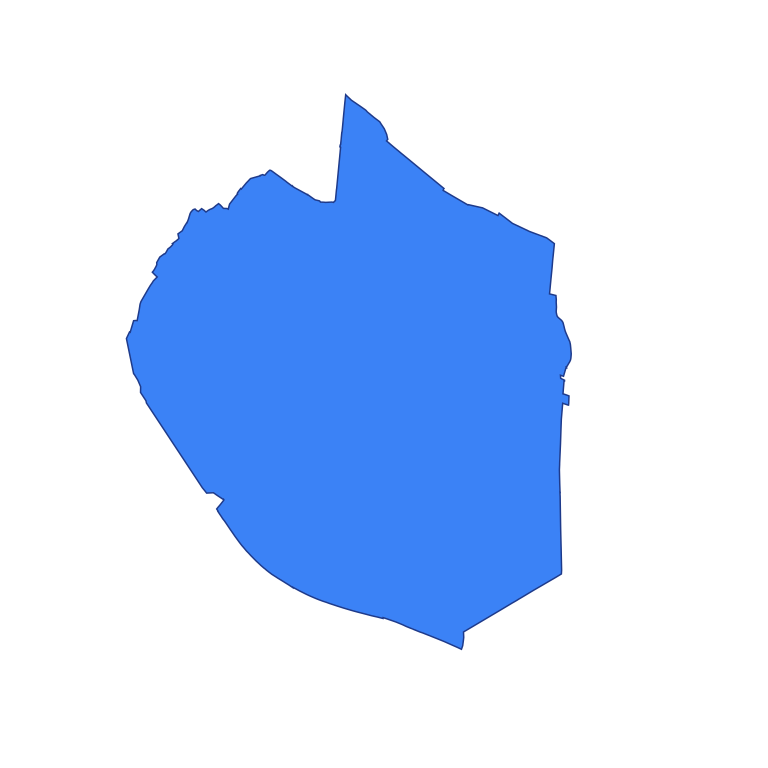 Best, Noord-Brabant, Netherlands (Natural Earth projection), rotated 41°
{"feature_id": "6326949B75137291849873", "entity_name": "Best", "entity_type": "district", "adm_level": 2, "iso_a3": "NLD", "parent_name": "Netherlands", "parent_adm1": "Noord-Brabant", "projection": "natural_earth1", "projection_center": [5.39, 51.516], "detail": "fine", "context": "isolated", "style": "filled", "palette": "blue", "viewbox_px": 768, "rotation_deg": 41, "n_neighbors": 0, "source": "geoboundaries", "source_scale": "gbopen_adm2", "svg_char_len": 5870}
<svg xmlns="http://www.w3.org/2000/svg" viewBox="0 0 768 768"><g transform="rotate(41 384 384)"><path d="M344.9,589.9L348.3,590.8L351.0,591.6L351.5,591.6L351.8,591.7L353.4,592.0L355.0,592.4L363.6,594.7L371.4,596.7L378.4,598.3L380.8,598.8L382.9,599.2L385.1,599.5L385.7,599.6L386.4,599.7L387.0,599.8L387.6,599.9L388.2,600.0L388.8,600.1L389.5,600.2L390.1,600.3L390.7,600.3L391.4,600.4L392.0,600.4L396.4,600.9L399.2,601.1L399.9,601.2L400.6,601.2L401.2,601.3L401.9,601.3L402.5,601.4L403.2,601.4L403.8,601.5L404.5,601.5L405.2,601.5L408.0,601.6L408.8,601.6L409.6,601.7L410.4,601.7L411.2,601.7L412.0,601.7L412.8,601.7L413.5,601.7L414.3,601.7L415.1,601.6L415.9,601.6L416.7,601.6L417.4,601.6L418.1,601.6L418.8,601.5L419.5,601.5L420.3,601.5L421.0,601.4L421.7,601.4L422.4,601.3L423.1,601.3L424.3,601.2L425.6,601.0L428.3,600.6L430.2,600.3L430.6,600.3L437.7,599.1L439.8,598.8L442.2,598.4L444.8,598.0L448.9,597.5L448.6,597.2L449.1,597.1L452.6,596.3L456.2,595.5L459.7,594.6L463.2,593.7L466.7,592.7L470.2,591.6L473.6,590.5L477.0,589.3L480.4,588.0L483.7,586.6L487.1,585.3L490.4,583.9L493.8,582.5L500.5,579.6L503.8,578.1L507.1,576.6L510.3,575.1L513.6,573.5L516.8,571.9L520.0,570.3L526.5,567.1L529.7,565.4L531.9,564.2L537.1,561.6L536.6,560.9L540.6,559.2L541.9,558.7L545.6,557.2L549.1,555.8L552.6,554.6L556.2,553.4L559.8,552.4L563.3,551.2L566.8,550.0L570.3,548.8L573.8,547.6L576.2,546.6L581.3,544.8L591.3,541.3L598.3,538.9L605.5,536.7L612.6,534.5L616.5,533.4L615.1,529.9L612.2,525.5L610.4,522.9L606.7,519.0L606.9,518.3L611.3,505.1L614.6,495.1L620.2,478.2L624.7,464.4L624.8,464.2L626.3,459.8L626.5,459.1L626.6,458.7L628.2,453.9L632.4,441.0L633.5,437.8L634.9,433.7L640.5,417.2L642.5,411.0L640.2,408.0L626.1,392.5L612.6,377.7L590.7,353.3L587.8,350.3L588.0,350.2L587.2,349.5L581.9,343.8L572.6,333.6L569.5,329.7L569.4,329.6L568.4,328.4L560.3,318.2L556.4,313.3L546.0,300.5L541.0,294.3L535.6,286.9L531.5,281.3L536.6,279.2L537.1,278.9L536.4,277.8L536.0,277.3L532.7,273.2L531.5,271.7L531.4,271.6L527.8,273.0L525.5,274.0L525.1,273.4L520.9,267.7L517.6,263.2L518.1,263.1L517.8,262.7L513.6,263.8L511.4,261.6L514.4,260.4L510.9,252.8L511.1,252.6L511.4,252.0L510.2,251.6L510.4,250.9L510.5,250.3L510.4,250.0L509.8,246.8L509.7,246.0L509.3,244.4L509.0,243.5L508.1,241.9L506.8,240.1L505.5,238.4L501.2,234.2L499.2,232.3L498.4,231.6L497.0,230.6L496.3,230.1L494.9,229.5L490.3,227.3L487.4,225.9L486.1,225.2L483.8,223.7L482.3,222.6L479.1,220.4L478.5,220.1L478.3,220.0L477.5,219.8L477.3,219.7L476.7,219.6L476.3,219.5L476.2,219.5L475.6,219.5L475.1,219.5L474.2,219.5L472.8,219.5L472.4,219.5L472.0,219.5L471.7,219.5L471.3,219.4L470.9,219.4L470.6,219.3L470.3,219.2L470.0,219.1L469.6,218.8L469.0,218.5L468.5,218.1L468.0,217.7L467.3,217.2L466.8,216.7L466.3,216.2L463.7,212.8L460.2,209.2L458.7,207.3L456.3,205.0L455.7,204.4L449.8,207.4L447.7,204.4L441.1,195.2L434.8,186.3L430.1,179.9L426.6,174.9L420.5,166.3L414.5,166.7L410.9,167.0L393.8,173.4L384.8,175.9L375.6,178.5L371.8,178.7L358.8,179.5L359.5,182.1L342.8,186.4L340.8,187.5L330.2,193.2L329.9,193.4L329.9,193.8L311.0,197.4L301.6,199.1L301.0,197.5L301.0,197.1L275.5,197.8L251.5,198.4L244.9,198.6L235.6,198.8L226.4,198.9L226.3,196.8L225.8,196.5L223.1,194.5L222.3,193.9L216.8,191.2L216.1,191.0L211.0,189.6L208.8,188.9L201.6,189.4L193.0,189.6L190.8,189.3L189.2,189.4L187.3,189.6L187.2,189.6L173.2,191.2L166.5,190.9L165.3,190.8L169.4,196.7L179.5,210.9L179.9,211.4L186.9,221.2L186.9,221.5L188.0,223.1L191.4,227.8L194.2,231.8L194.1,232.3L194.9,233.6L195.1,233.5L195.6,234.1L196.0,233.9L220.0,267.5L220.6,268.5L224.9,274.5L227.0,277.5L226.8,278.2L226.7,279.2L226.8,280.0L225.3,280.9L220.6,285.4L220.3,285.6L219.4,286.2L216.7,288.4L215.4,288.1L215.0,288.2L211.2,290.2L208.8,290.5L203.6,291.0L203.4,291.0L202.6,291.1L202.6,291.3L201.8,291.5L201.7,291.2L201.2,291.5L191.3,293.7L188.2,294.4L187.5,294.5L186.5,294.7L184.9,294.6L185.0,294.9L183.6,295.0L178.0,295.4L176.8,295.4L170.3,295.9L165.0,296.4L162.4,296.6L160.1,296.8L158.8,297.0L158.4,297.1L158.0,297.3L157.6,297.5L157.4,298.0L157.1,300.6L157.1,300.8L157.1,304.5L156.6,305.1L155.1,305.5L153.7,307.9L154.0,308.1L148.5,316.5L148.5,316.9L148.4,317.3L148.4,317.6L148.4,317.8L148.3,321.0L148.2,322.0L148.2,323.1L148.4,330.5L147.6,330.5L147.8,333.9L147.9,334.8L148.1,336.1L148.7,337.2L148.9,337.1L148.8,339.2L149.4,349.5L150.4,351.6L151.7,354.2L151.2,354.3L150.4,354.6L150.2,354.7L147.6,356.8L143.1,356.3L140.8,356.4L140.3,358.9L140.1,359.6L140.0,360.6L139.8,362.1L139.6,362.9L139.3,364.1L138.8,365.1L138.1,366.4L137.4,368.3L136.8,371.0L136.6,371.0L135.9,371.0L134.4,370.9L133.9,371.0L131.3,371.3L130.7,375.6L128.8,376.0L126.6,375.9L125.7,377.4L125.6,377.8L125.5,378.4L125.5,379.1L125.5,379.5L125.5,380.2L125.5,381.0L125.6,381.5L125.7,381.9L125.8,382.3L125.9,382.7L127.9,387.1L128.6,388.8L129.5,391.4L129.3,391.4L130.0,396.0L131.2,400.7L130.0,405.9L133.7,408.7L133.6,410.2L133.5,410.6L133.3,412.1L133.1,412.9L132.8,414.1L132.2,416.8L132.8,416.7L133.1,417.8L133.0,419.8L133.0,420.5L132.3,424.0L132.7,425.5L132.9,426.6L133.2,428.0L133.2,428.6L133.2,429.7L132.8,429.9L132.7,430.1L132.6,430.3L132.5,431.0L131.5,435.3L132.8,441.5L134.2,442.9L134.8,444.7L135.3,447.0L135.5,447.8L135.8,450.2L135.8,451.6L136.8,451.7L139.0,451.9L141.3,452.0L142.6,452.0L142.3,457.4L142.3,457.6L142.6,459.3L142.7,460.1L142.9,462.0L143.0,462.9L143.6,466.4L146.3,480.3L146.4,480.7L146.5,481.3L147.5,483.7L148.1,484.7L148.5,485.3L150.6,488.6L156.1,498.1L154.9,499.0L153.5,500.5L157.5,509.3L158.5,511.5L157.8,511.7L159.8,518.7L164.9,522.6L188.3,540.5L189.3,540.6L195.7,542.6L202.1,545.7L205.8,550.1L207.9,550.7L215.3,552.8L217.2,554.2L260.6,566.3L264.9,567.5L307.9,579.5L315.0,581.5L318.6,582.1L321.7,582.7L326.6,578.0L332.1,577.4L338.2,576.6L338.2,576.3L338.8,576.3L339.1,576.4L339.2,576.5L339.3,577.0L339.5,580.8L339.6,583.2L339.6,585.6L339.7,588.1L341.1,588.5L342.1,588.8L342.1,589.1L344.9,589.9Z" fill="#3b82f6" stroke="#1e3a8a" stroke-width="1.5"/></g></svg>